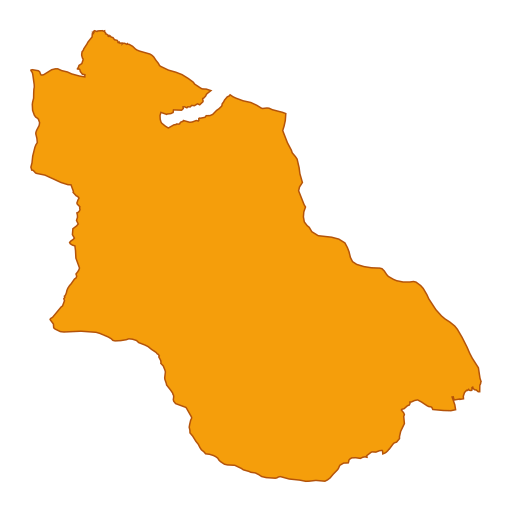 outline of Petrova, Maramures, Romania
{"feature_id": "2599482B68695262569516", "entity_name": "Petrova", "entity_type": "district", "adm_level": 2, "iso_a3": "ROU", "parent_name": "Romania", "parent_adm1": "Maramures", "projection": "equal_earth", "projection_center": [24.184, 47.831], "detail": "fine", "context": "isolated", "style": "filled", "palette": "amber", "viewbox_px": 512, "rotation_deg": 0, "n_neighbors": 0, "source": "geoboundaries", "source_scale": "gbopen_adm2", "svg_char_len": 5868}
<svg xmlns="http://www.w3.org/2000/svg" viewBox="0 0 512 512"><path d="M479.7,391.7L479.8,385.2L480.6,383.7L480.7,382.4L481.1,381.7L480.0,378.3L478.4,367.8L472.2,358.1L469.7,353.3L467.1,347.3L462.1,337.4L457.3,329.2L454.7,326.0L449.9,322.1L445.1,319.0L441.4,315.9L435.8,309.6L428.8,298.9L426.9,294.7L423.2,288.4L420.7,285.6L416.0,282.1L413.5,281.5L409.8,282.0L403.1,282.0L396.6,280.7L393.5,279.4L388.3,276.4L386.6,274.5L384.3,271.0L382.0,268.7L379.7,268.1L371.6,267.8L364.0,266.6L356.7,264.4L352.5,261.6L350.4,257.4L349.0,251.7L347.4,247.6L344.9,242.9L338.8,239.1L331.6,237.2L318.2,235.7L311.8,231.7L309.2,227.3L307.1,225.6L304.3,221.9L303.4,216.9L303.8,211.9L305.5,207.0L304.1,204.7L298.6,190.8L299.5,187.0L302.4,182.5L299.9,173.8L299.1,167.7L297.1,159.1L295.4,156.6L292.2,152.8L291.4,150.3L287.4,142.7L282.7,130.6L284.1,126.0L285.3,120.5L285.8,113.6L282.7,112.4L272.3,109.7L269.0,108.2L266.9,108.0L262.5,108.5L261.3,108.1L256.8,105.3L250.8,102.5L243.1,100.8L235.8,98.1L232.9,96.7L230.1,94.8L229.0,96.1L227.3,96.8L224.5,100.1L223.7,101.8L222.2,103.8L221.9,105.7L221.6,106.2L218.9,108.8L216.6,110.4L212.7,114.4L210.0,115.6L206.2,115.7L205.0,117.3L200.5,118.2L199.3,118.1L198.8,118.6L198.8,120.3L198.3,121.0L196.3,120.5L192.2,122.0L189.8,122.3L183.4,120.5L183.0,121.3L180.8,122.1L180.1,122.8L179.8,123.7L179.0,124.1L176.4,124.0L176.0,124.6L174.0,124.8L168.3,128.0L165.4,126.2L161.7,123.2L160.9,121.8L160.2,119.2L160.0,115.6L160.9,112.4L166.7,114.4L167.1,114.0L170.8,113.6L173.1,112.5L173.5,109.9L181.6,110.2L183.3,108.5L183.0,106.9L184.2,106.7L186.9,107.8L187.8,106.8L190.2,106.9L191.7,105.4L194.4,105.7L197.5,103.8L199.7,104.8L202.9,101.8L203.1,101.0L202.7,99.6L202.7,98.5L203.7,98.1L205.6,96.1L206.4,94.4L207.0,93.7L210.9,90.6L206.3,89.1L202.3,88.9L200.8,88.2L194.6,84.1L193.4,82.3L188.3,78.5L182.0,74.6L175.8,72.2L168.4,70.1L160.3,66.2L159.4,65.3L158.4,63.4L156.0,60.4L153.6,56.8L151.7,55.1L149.8,54.0L139.6,51.1L137.1,50.1L135.4,49.0L132.6,46.3L129.2,44.4L127.6,44.2L127.4,43.7L126.7,44.3L125.4,43.6L124.1,43.2L123.3,43.4L123.0,42.9L123.1,42.6L122.2,43.8L122.2,43.2L121.2,43.0L120.0,43.3L119.2,42.1L118.8,42.7L118.0,42.5L117.8,41.3L117.2,40.4L114.5,39.7L113.0,37.6L111.2,37.1L110.3,36.0L108.9,36.5L108.3,36.2L108.8,35.4L108.0,35.3L106.9,34.3L105.6,33.8L105.7,33.1L104.7,32.0L104.6,30.8L103.5,31.2L102.5,30.7L99.2,30.8L97.6,31.0L97.0,31.5L94.6,30.7L93.5,31.4L93.4,31.6L93.8,32.1L92.8,32.3L93.3,32.8L93.4,33.6L92.3,33.8L92.1,36.9L88.0,42.0L86.9,44.1L83.9,48.6L83.2,50.4L82.1,51.7L81.7,54.1L81.7,55.4L82.5,58.2L83.1,59.0L83.0,60.1L81.8,63.6L79.0,65.4L78.2,67.8L77.5,68.4L77.5,69.0L79.5,69.2L80.0,70.1L80.3,71.5L82.4,74.2L84.9,74.7L84.8,76.9L79.7,76.1L71.6,73.9L67.5,72.0L61.7,70.6L57.7,68.8L55.4,68.8L51.7,69.7L43.7,74.7L41.8,75.1L40.8,74.7L39.6,71.7L38.2,70.7L32.4,69.7L31.0,70.0L30.9,70.5L32.3,72.6L32.8,74.7L34.2,84.6L34.3,87.1L33.9,89.2L33.7,92.9L33.6,98.2L32.6,102.2L32.3,104.4L32.6,110.3L34.3,115.1L35.6,117.0L37.8,118.5L38.5,119.5L39.6,122.6L39.2,125.4L36.6,130.4L35.9,132.4L35.8,133.8L36.9,138.4L37.3,142.6L35.9,144.8L34.9,147.3L32.7,156.1L32.0,162.8L30.9,167.1L31.7,170.1L32.7,170.2L33.4,170.6L35.6,173.0L36.6,173.4L44.9,175.1L61.0,182.5L68.0,184.7L71.0,184.8L73.4,191.4L73.1,192.4L76.2,195.8L77.7,196.5L79.0,198.1L78.0,199.9L76.9,203.0L77.3,204.2L79.9,206.8L79.6,207.9L80.0,209.6L79.4,211.0L78.2,212.4L77.0,212.7L76.9,213.0L77.4,215.0L77.5,217.3L76.5,220.4L78.2,224.0L76.6,225.9L72.9,228.7L72.4,234.6L74.4,238.1L73.2,239.4L71.0,240.9L69.6,242.4L70.2,243.7L72.4,245.1L74.9,245.9L75.5,250.5L75.9,258.1L79.5,268.0L79.0,269.6L77.8,271.7L76.0,274.0L76.7,276.2L76.1,277.9L74.5,279.0L71.0,284.0L69.6,285.5L67.8,288.3L66.9,290.5L66.3,293.1L65.2,295.6L64.4,296.2L64.8,297.4L63.8,298.7L64.5,300.7L62.5,306.0L61.2,306.9L52.6,317.3L50.5,318.6L50.1,319.6L53.4,324.0L53.7,327.8L55.0,329.0L60.3,331.6L63.9,332.0L80.9,331.2L96.1,332.3L99.8,333.4L108.3,337.0L111.3,338.8L112.9,340.4L115.1,340.9L120.8,340.6L126.3,339.7L128.8,338.8L132.5,339.2L136.5,340.5L138.7,342.6L144.9,345.0L148.1,346.6L151.4,349.3L156.2,352.5L157.3,353.9L158.3,354.4L159.3,355.9L158.8,356.9L160.7,360.5L161.0,362.3L160.8,363.3L163.3,366.0L165.0,370.3L165.4,371.9L164.7,377.8L164.9,379.4L166.3,383.4L166.6,385.0L170.7,390.2L172.7,393.2L172.9,394.2L173.5,395.2L173.7,396.8L173.3,399.6L173.7,401.2L175.6,403.6L185.9,407.4L186.5,408.2L191.6,417.2L191.5,418.6L190.7,420.1L189.7,424.3L189.2,427.2L189.9,430.3L190.0,432.9L192.7,436.1L195.9,441.3L198.3,444.3L199.9,447.5L201.4,449.8L203.9,451.8L205.6,453.8L209.6,454.3L213.4,455.5L215.6,456.6L217.7,458.1L219.1,460.3L220.6,461.7L224.4,464.2L227.4,464.9L234.8,465.3L241.3,468.4L243.3,469.8L248.9,471.4L250.9,472.3L255.3,472.9L258.9,474.7L261.6,476.5L266.2,477.6L275.3,478.2L276.8,477.9L278.6,476.9L280.4,476.6L289.2,479.0L299.7,480.1L305.7,481.3L309.0,481.2L315.9,480.4L324.9,481.2L327.5,479.9L330.1,477.9L333.2,474.2L337.2,470.1L338.3,468.7L339.8,465.3L343.6,463.1L348.2,462.9L348.7,461.7L348.8,460.3L349.9,459.0L351.7,457.9L355.6,457.7L360.4,458.4L362.6,457.3L365.1,456.8L367.6,457.5L366.7,456.7L366.5,456.1L366.9,455.5L371.2,452.2L372.2,451.9L375.9,452.1L379.5,450.7L382.1,450.4L382.5,450.9L382.8,453.9L385.2,452.9L386.2,452.2L387.8,450.7L388.9,449.2L389.2,449.2L392.9,444.2L394.2,442.9L396.6,442.1L399.5,438.6L399.5,436.5L400.7,431.3L404.4,423.6L403.7,416.4L404.4,414.6L403.7,412.9L401.4,410.0L401.8,409.3L404.1,408.7L407.5,405.7L409.2,405.1L410.0,403.5L409.8,402.1L411.3,402.0L414.6,400.5L417.6,399.9L421.5,402.0L427.2,405.8L428.9,406.6L430.9,406.8L431.9,407.5L432.8,409.5L443.6,410.5L450.9,410.7L455.6,409.7L454.8,404.8L452.1,397.0L453.2,396.8L454.1,400.0L459.8,399.0L459.9,399.4L463.5,398.8L463.3,396.2L464.5,392.6L466.5,390.3L467.0,390.6L468.6,389.4L468.9,390.1L469.8,390.4L471.1,390.5L472.0,390.0L472.0,387.5L472.7,387.1L473.1,388.3L474.0,389.3L475.0,389.9L476.1,389.9L478.2,391.7L479.7,391.7Z" fill="#f59e0b" stroke="#b45309" stroke-width="1.5"/></svg>